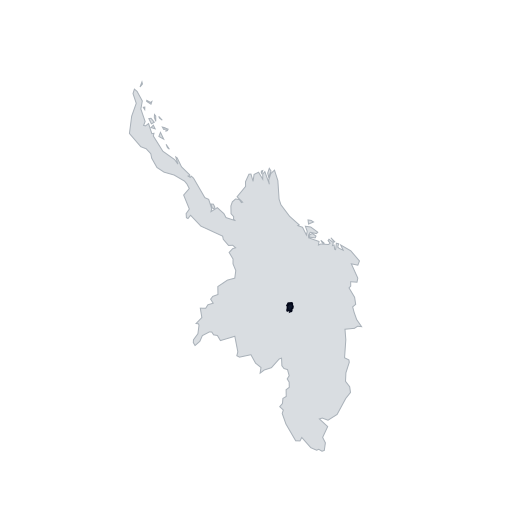 Mandalay, Mandalay, Myanmar shown in context, rotated 156°
{"feature_id": "60261553B2723221956862", "entity_name": "Mandalay", "entity_type": "district", "adm_level": 2, "iso_a3": "MMR", "parent_name": "Myanmar", "parent_adm1": "Mandalay", "projection": "albers", "projection_center": [96.164, 21.97], "detail": "fine", "context": "in_parent", "style": "filled", "palette": "ink", "viewbox_px": 512, "rotation_deg": 156, "n_neighbors": 0, "source": "geoboundaries", "source_scale": "gbopen_adm2", "svg_char_len": 5680}
<svg xmlns="http://www.w3.org/2000/svg" viewBox="0 0 512 512"><g transform="rotate(156 256 256)"><path d="M328.1,231.0L323.2,228.7L319.8,231.0L314.3,230.3L315.0,235.0L311.9,236.7L306.4,236.3L303.3,243.6L291.9,245.6L284.4,244.4L280.4,250.9L280.2,258.2L278.2,262.6L279.1,270.2L274.3,272.2L271.3,271.8L272.9,275.3L276.8,276.8L279.1,284.6L278.4,287.7L294.2,305.7L299.2,319.8L302.9,317.9L304.0,319.3L302.6,323.1L297.8,326.0L297.3,341.1L289.5,344.8L289.8,349.8L290.8,353.4L297.9,363.3L305.9,370.0L310.5,377.2L311.5,387.8L310.5,392.2L312.7,398.6L316.8,402.7L321.8,419.4L312.7,434.3L303.3,444.2L302.3,454.4L299.2,457.9L297.7,454.7L296.8,443.9L301.4,437.1L302.6,423.9L305.6,421.0L304.0,419.8L300.3,420.7L301.4,410.1L299.3,409.6L301.0,407.4L298.5,389.6L291.1,377.1L290.0,371.7L289.0,379.1L288.1,377.6L287.8,367.8L283.5,357.0L283.9,356.1L285.9,357.0L284.1,354.6L282.6,355.2L281.4,352.5L279.0,330.1L276.2,327.0L277.2,317.3L279.1,314.8L271.7,315.9L268.1,307.8L267.8,303.3L260.4,296.6L261.6,298.7L260.4,301.0L261.6,304.8L258.6,311.9L255.6,315.1L251.5,316.4L248.3,314.4L247.6,310.7L246.3,310.6L249.2,317.8L237.2,323.8L235.4,328.1L229.2,333.6L227.3,332.9L228.3,325.4L224.6,331.3L219.6,331.5L218.6,323.4L216.5,328.1L213.6,329.5L214.6,316.1L213.7,320.0L208.9,325.3L204.2,326.9L205.4,315.9L211.8,298.5L212.4,292.7L209.2,278.7L203.9,266.9L205.4,266.7L201.8,263.3L201.4,254.6L199.2,257.7L198.8,263.1L194.2,260.2L189.9,252.6L191.7,251.9L196.8,255.6L199.7,253.6L200.5,251.2L192.5,243.6L194.5,240.6L191.9,240.6L185.1,237.0L183.1,237.6L183.9,240.7L182.5,241.6L179.9,236.8L181.9,234.4L180.2,234.3L181.4,230.1L180.7,229.4L177.4,235.0L175.6,233.6L177.7,230.8L176.9,229.2L174.0,225.8L174.2,231.7L167.3,222.2L163.5,209.4L166.7,206.2L172.1,210.1L172.0,194.4L174.4,191.0L180.0,194.0L181.7,190.0L184.0,189.0L182.7,178.2L184.6,171.3L188.4,170.2L189.3,164.5L189.9,157.0L188.3,148.5L191.7,150.5L195.5,149.9L204.5,152.9L208.0,143.0L216.5,127.0L213.4,123.3L214.0,121.0L221.4,112.7L225.2,105.1L223.6,98.4L225.2,92.9L231.9,89.4L246.3,78.3L257.0,76.7L261.4,81.0L264.4,81.4L259.9,71.0L268.9,63.2L268.6,57.1L272.7,50.6L275.1,50.8L277.3,53.9L279.6,53.9L283.9,58.6L288.0,71.6L291.0,69.2L294.9,71.0L297.0,90.3L296.1,101.5L293.7,104.2L295.6,108.7L291.8,110.5L289.3,115.0L285.5,115.4L282.9,121.6L279.0,122.5L277.0,127.3L277.5,131.0L274.4,133.1L273.4,139.4L276.2,141.8L277.0,145.2L274.2,152.3L276.7,152.5L287.3,147.7L294.8,148.5L299.9,147.3L296.8,152.1L300.0,158.3L300.8,167.9L312.2,170.3L314.1,172.7L311.6,175.8L308.0,191.3L322.9,193.2L323.6,199.1L326.8,201.2L327.3,204.5L329.4,205.6L337.4,205.1L342.0,200.9L348.1,199.0L348.5,202.4L347.2,204.9L340.7,208.6L336.3,215.8L336.1,217.4L338.2,218.7L330.5,221.8L328.1,231.0ZM194.6,248.5L199.4,251.4L198.4,253.5L195.3,253.6L193.1,249.8L194.6,248.5ZM292.8,400.3L296.1,404.7L293.0,407.8L292.8,400.3ZM193.8,267.8L191.2,266.1L189.6,263.7L195.0,263.8L193.8,267.8ZM297.8,419.3L298.0,425.1L295.9,424.5L294.5,419.6L297.8,419.3ZM211.6,327.0L208.2,330.7L207.7,327.5L212.4,322.9L211.6,327.0ZM276.0,321.8L273.9,320.7L273.7,317.3L275.2,316.3L276.5,317.9L276.0,321.8ZM291.2,426.5L290.7,424.6L292.8,419.8L292.5,424.0L291.2,426.5ZM290.2,437.4L293.0,441.7L292.5,442.6L289.9,439.2L288.3,439.5L290.2,437.4ZM299.6,416.0L296.6,417.3L296.4,413.2L299.6,416.0ZM293.2,457.6L289.4,461.4L289.8,459.3L293.2,457.6ZM179.0,237.4L180.2,242.2L178.1,236.5L179.0,237.4ZM292.8,391.0L292.7,394.6L291.7,388.8L292.8,391.0ZM190.0,241.0L190.4,244.0L188.4,239.7L190.0,241.0ZM289.1,411.9L286.9,410.1L287.7,408.8L288.8,409.1L289.1,411.9ZM287.5,406.7L286.2,409.1L284.7,407.6L285.9,406.6L287.5,406.7ZM288.0,421.0L288.1,423.1L286.4,418.2L288.0,421.0ZM216.6,331.4L215.1,331.3L217.2,328.9L217.4,329.8L216.6,331.4ZM298.5,437.7L297.0,437.3L298.1,435.0L298.5,437.7Z" fill="#d9dde1" stroke="#a8b0b8" stroke-width="1"/><path d="M247.7,199.0L247.8,198.7L247.8,198.4L247.7,198.2L247.5,197.8L247.4,197.6L247.5,197.5L247.8,197.6L247.8,197.4L247.9,197.0L247.9,196.8L248.0,196.7L248.1,196.4L248.3,196.2L248.4,195.9L248.4,195.7L248.4,195.4L248.3,195.2L248.7,194.9L248.8,195.0L249.1,194.9L249.2,194.7L249.3,194.7L249.4,194.4L249.5,194.2L249.6,193.8L249.8,193.7L249.9,193.4L249.9,193.2L249.7,193.0L249.4,193.2L249.3,193.3L248.9,193.2L248.7,193.3L248.6,193.2L248.5,192.9L248.4,192.7L248.2,192.7L247.8,192.7L247.7,192.7L247.4,192.5L247.4,192.4L247.4,192.2L247.4,191.9L247.4,191.7L247.5,191.4L247.7,191.2L247.4,191.2L247.3,191.3L247.2,191.4L246.7,191.2L246.4,191.0L246.1,191.0L246.0,191.3L245.8,191.4L245.5,191.6L245.4,191.7L245.4,191.8L245.5,191.9L245.8,191.9L245.8,192.0L245.7,192.2L245.7,192.3L245.4,192.6L245.2,192.7L245.2,193.1L245.0,193.3L244.8,193.3L244.7,193.5L244.3,193.4L244.2,193.4L244.0,193.6L243.9,193.4L243.8,193.5L243.6,193.5L243.4,193.6L243.5,193.8L243.6,194.0L243.4,194.3L243.2,194.4L243.1,194.5L242.9,194.6L242.8,194.3L242.8,194.5L242.7,194.7L242.7,194.9L242.8,195.1L242.9,195.3L242.8,195.7L242.7,195.8L242.8,196.0L242.7,196.3L242.7,196.5L242.5,197.1L242.4,197.4L242.2,197.6L242.2,197.8L242.3,197.9L242.2,197.9L242.2,198.0L242.1,198.3L242.3,198.5L242.5,198.7L242.7,198.9L242.8,198.9L243.2,198.8L243.3,198.7L243.2,198.5L243.2,198.4L243.4,198.1L243.5,198.1L243.8,198.3L243.8,198.6L244.0,198.6L244.0,198.4L244.2,198.5L244.4,198.6L244.5,198.7L244.5,198.8L244.4,198.9L244.2,199.0L244.0,199.3L244.3,199.4L244.4,199.2L244.5,199.0L244.9,199.0L245.2,198.8L245.1,199.1L245.3,199.2L245.3,199.5L245.4,199.8L245.5,199.8L245.7,199.7L245.9,199.7L245.9,199.4L245.9,199.2L246.1,199.2L246.2,199.3L246.3,199.5L246.4,199.4L246.4,199.2L246.6,199.1L246.6,198.9L246.6,198.7L246.6,198.4L247.2,198.3L247.3,198.2L247.5,198.2L247.6,198.3L247.4,198.4L247.4,198.5L247.5,198.7L247.7,198.8L247.7,199.0Z" fill="#0f172a" stroke="#020617" stroke-width="1.5"/></g></svg>